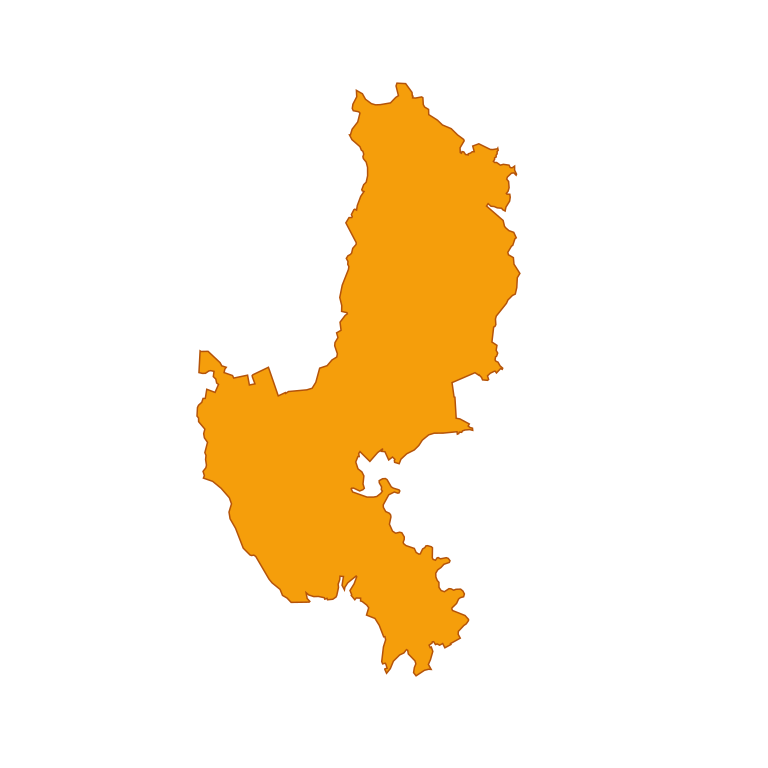 the district of Fantanele, Mures, Romania, rotated 248°
{"feature_id": "2599482B76650744260524", "entity_name": "Fantanele", "entity_type": "district", "adm_level": 2, "iso_a3": "ROU", "parent_name": "Romania", "parent_adm1": "Mures", "projection": "natural_earth1", "projection_center": [24.794, 46.398], "detail": "fine", "context": "isolated", "style": "filled", "palette": "amber", "viewbox_px": 768, "rotation_deg": 248, "n_neighbors": 0, "source": "geoboundaries", "source_scale": "gbopen_adm2", "svg_char_len": 6171}
<svg xmlns="http://www.w3.org/2000/svg" viewBox="0 0 768 768"><g transform="rotate(248 384 384)"><path d="M560.0,577.8L559.6,577.3L560.6,572.8L561.6,570.5L571.2,561.9L571.4,555.4L565.6,554.7L566.3,552.8L565.7,550.7L565.9,548.4L564.9,547.9L566.2,545.6L569.3,544.9L570.3,543.4L569.0,542.2L570.0,541.4L574.5,543.0L579.4,549.4L580.9,549.5L587.4,545.5L595.5,542.0L602.3,535.2L608.6,532.4L617.0,526.4L621.9,528.2L625.6,525.4L628.4,525.1L634.9,527.3L636.1,526.4L637.3,520.4L638.6,517.7L640.0,518.7L640.5,518.2L643.9,519.2L654.4,516.6L658.1,508.7L655.8,506.8L645.9,505.4L645.3,502.2L642.2,495.3L644.4,485.2L646.0,480.7L648.7,477.3L654.9,473.5L661.2,472.7L666.6,468.4L660.5,466.3L655.1,460.0L651.4,457.8L648.9,457.9L645.9,462.5L644.2,463.2L636.8,457.8L632.2,449.9L627.6,446.2L627.9,445.3L622.6,445.8L613.1,450.6L609.3,450.6L607.7,451.6L604.7,451.3L602.7,449.6L600.7,449.3L596.4,450.6L591.0,449.9L583.2,446.8L577.8,443.1L576.4,439.8L572.5,436.2L571.2,436.2L570.0,437.6L566.7,432.7L559.5,426.1L555.5,423.7L557.0,422.5L556.9,421.4L553.3,417.2L551.2,417.3L550.4,416.5L551.4,413.9L547.7,409.0L525.5,411.2L523.9,410.5L521.5,405.8L517.6,403.1L516.7,401.4L516.4,398.6L514.6,396.1L511.1,396.5L508.5,395.2L506.0,395.4L503.5,393.9L491.3,382.3L480.8,375.4L472.5,374.2L467.2,371.9L464.0,376.4L462.8,376.3L462.1,373.6L457.8,366.4L449.9,364.3L449.2,359.2L444.3,358.7L440.8,354.1L437.9,352.6L429.5,352.1L426.7,350.3L425.8,344.8L422.3,338.1L422.8,330.3L411.1,321.4L407.0,315.8L407.5,310.2L412.8,292.6L412.1,289.3L413.0,289.3L412.6,281.5L442.8,283.1L441.7,266.0L441.2,264.9L439.8,264.6L432.5,264.4L433.5,258.8L443.3,260.8L445.8,246.9L448.6,246.7L454.5,240.0L457.3,241.9L458.6,244.0L461.6,240.4L465.2,240.0L480.2,233.1L482.7,226.5L483.6,225.9L463.9,216.7L461.8,219.7L460.8,222.5L461.7,226.5L461.3,228.4L459.4,231.1L454.8,228.5L451.6,229.9L447.6,229.2L445.6,230.4L439.5,224.2L445.5,217.7L437.6,212.9L438.4,210.8L435.3,208.2L433.8,204.1L432.0,202.2L424.3,198.6L422.0,199.3L418.5,198.0L409.3,201.0L405.5,198.2L401.4,197.3L396.0,198.5L387.5,192.2L384.4,192.2L380.9,190.3L375.3,189.0L373.1,187.5L370.8,183.5L366.3,183.1L364.4,181.3L357.9,188.7L348.3,193.9L336.5,198.0L330.0,197.7L323.3,192.3L316.7,190.8L305.8,192.3L284.5,192.0L275.7,195.7L274.6,196.9L274.1,199.2L272.1,200.5L246.2,204.3L241.6,205.7L232.5,210.7L226.0,210.7L221.9,213.9L216.3,216.1L209.8,232.9L210.2,233.8L213.9,232.4L219.7,233.6L216.6,235.2L213.2,239.2L211.6,243.6L208.2,248.6L206.7,248.5L206.6,250.9L205.1,250.8L203.6,255.9L204.5,259.8L205.8,261.1L212.4,265.6L215.6,266.5L219.1,269.6L222.3,271.2L220.7,274.3L213.1,269.7L208.0,270.2L210.2,271.6L213.3,276.0L216.4,286.2L215.5,286.5L209.9,281.4L205.3,275.1L200.9,275.1L200.3,274.4L194.9,276.1L196.0,278.1L194.2,282.1L191.6,281.0L190.5,282.3L185.5,285.2L182.3,286.0L176.3,281.2L170.0,287.8L162.0,289.2L149.7,289.0L149.4,290.2L146.2,289.7L140.5,285.0L127.5,277.9L125.0,277.9L124.7,280.5L123.4,280.8L119.3,280.4L119.6,278.2L119.0,277.8L114.8,278.0L117.7,283.2L123.5,288.9L126.9,297.0L127.2,301.7L129.3,305.3L128.2,306.2L124.6,305.4L115.7,309.0L112.6,308.7L109.7,305.9L105.3,303.3L101.4,304.4L103.4,314.3L102.8,318.5L101.7,320.8L107.4,320.1L111.0,323.8L117.8,329.1L122.4,329.3L122.2,328.1L125.0,328.0L125.8,331.5L126.8,332.2L126.5,333.5L123.1,334.1L123.1,335.9L121.0,337.7L121.4,341.2L116.6,341.6L117.4,348.5L118.4,348.4L119.8,359.5L124.2,359.0L126.8,360.3L130.2,367.6L130.8,370.4L133.0,373.7L134.1,374.2L139.0,372.4L148.3,362.7L150.1,362.6L151.0,363.3L153.3,369.0L156.7,372.6L157.3,374.8L156.9,378.1L159.2,379.9L162.5,379.6L165.1,378.2L166.7,373.8L166.7,371.4L169.0,369.4L169.9,367.6L168.8,362.2L171.1,359.6L174.8,358.8L179.5,360.6L181.9,359.8L185.6,359.8L189.2,361.1L191.6,364.3L192.5,368.1L194.4,372.0L194.1,377.7L195.4,379.0L198.3,378.2L199.6,376.7L200.8,370.8L202.8,369.2L202.9,368.1L201.3,365.7L203.0,363.8L204.8,363.7L214.0,367.6L215.4,366.9L217.8,363.8L218.2,362.2L217.0,360.6L216.6,358.0L212.9,354.0L213.2,352.6L215.8,350.7L220.2,350.5L226.0,343.8L228.7,342.4L230.1,342.5L232.3,344.5L234.6,345.5L239.4,344.8L240.7,343.0L241.3,338.9L244.4,336.8L252.0,336.5L258.1,340.6L260.1,341.1L262.1,340.6L265.1,337.8L269.8,337.2L272.2,338.0L279.5,346.9L280.0,353.1L277.7,355.8L277.4,357.1L278.9,358.6L280.2,358.3L283.9,353.7L285.9,352.2L294.2,351.0L295.8,349.9L296.7,347.2L296.2,343.3L294.2,342.6L289.5,343.2L287.0,341.9L285.3,342.4L283.8,340.0L282.4,335.2L283.1,331.8L285.5,325.9L295.6,314.5L299.1,314.3L299.5,314.9L298.9,316.8L293.9,321.4L293.9,324.8L294.7,326.7L299.2,327.1L306.3,330.9L310.7,330.6L315.1,328.1L322.3,328.6L326.5,332.6L326.0,333.8L329.0,334.5L330.3,336.4L317.5,341.9L322.8,352.4L324.5,358.7L322.5,356.4L320.9,359.5L311.8,359.9L313.1,364.5L310.1,365.9L309.4,365.0L307.4,364.5L304.4,368.2L307.9,371.5L308.5,373.0L310.8,379.0L311.5,387.4L313.9,393.2L317.6,398.5L320.1,406.4L319.6,412.1L316.3,420.5L312.4,433.8L310.0,433.2L310.0,434.7L311.1,435.8L310.1,437.9L311.1,439.2L311.0,441.9L309.6,446.4L307.8,448.9L309.9,449.5L311.5,447.4L313.5,446.3L315.0,448.1L323.2,441.3L325.2,438.1L345.2,444.8L345.8,444.1L359.8,447.6L360.4,472.6L356.6,475.2L356.8,475.6L353.5,476.9L350.9,476.9L348.6,481.4L349.0,482.7L352.8,483.0L354.2,486.6L354.5,491.2L354.2,491.9L352.1,492.4L354.6,497.9L353.3,499.1L354.2,500.0L357.4,498.4L361.5,497.9L363.2,496.3L364.7,496.0L367.4,497.6L367.6,498.8L370.1,501.0L373.2,500.6L377.5,503.2L382.5,499.8L395.7,507.0L395.8,508.4L397.1,509.9L402.5,511.7L404.9,513.5L412.9,527.7L415.5,530.4L418.0,536.3L418.2,539.4L423.6,543.2L432.6,547.4L435.6,551.4L446.4,549.4L452.7,551.3L457.2,547.8L459.7,548.1L464.1,553.9L464.3,555.3L469.6,559.8L470.0,561.4L476.0,561.1L479.4,557.3L482.9,555.5L485.0,554.8L491.0,555.7L510.6,545.7L512.2,548.1L508.7,549.8L507.3,552.6L504.9,555.0L502.9,558.9L501.2,559.3L499.0,561.1L502.3,563.3L506.5,569.0L509.9,571.0L512.8,571.7L514.0,569.1L514.9,568.8L516.2,571.2L519.1,573.5L525.1,575.4L528.0,574.5L529.7,576.0L531.7,581.1L531.1,583.5L528.1,584.7L528.9,585.5L533.3,585.2L537.1,586.7L536.5,584.1L536.9,582.8L537.6,582.1L540.1,581.9L543.0,576.9L543.3,573.9L547.2,571.4L547.9,569.6L549.5,568.8L550.7,570.6L552.3,571.3L552.5,573.1L554.1,573.6L555.0,575.1L557.2,576.0L557.9,577.4L560.0,577.8Z" fill="#f59e0b" stroke="#b45309" stroke-width="1.5"/></g></svg>